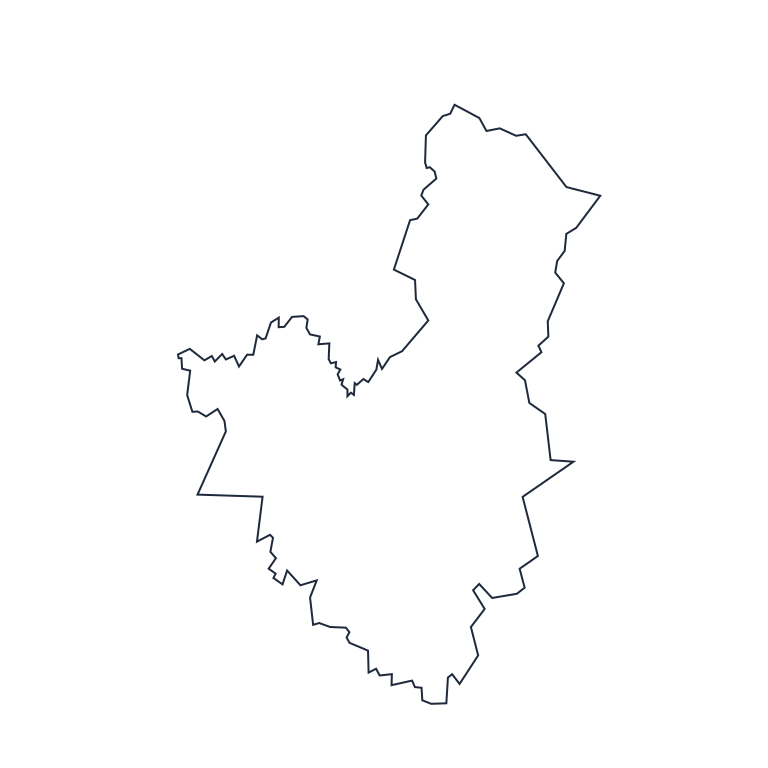 the district of Trapenes pag., Apes, Latvia, rotated 289°
{"feature_id": "27541924B83311513911645", "entity_name": "Trapenes pag.", "entity_type": "district", "adm_level": 2, "iso_a3": "LVA", "parent_name": "Latvia", "parent_adm1": "Apes", "projection": "robinson", "projection_center": [26.588, 57.465], "detail": "medium", "context": "isolated", "style": "outline", "palette": "slate", "viewbox_px": 768, "rotation_deg": 289, "n_neighbors": 0, "source": "geoboundaries", "source_scale": "gbopen_adm2", "svg_char_len": 1952}
<svg xmlns="http://www.w3.org/2000/svg" viewBox="0 0 768 768"><g transform="rotate(289 384 384)"><path d="M102.4,546.9L127.3,540.0L131.8,542.9L125.0,553.1L158.0,561.4L182.5,545.3L204.1,552.4L218.0,535.4L225.9,539.1L216.9,555.9L228.9,577.9L237.2,583.3L253.5,572.4L271.5,585.5L322.4,551.8L372.2,588.4L366.3,566.3L408.1,546.2L413.4,527.6L433.4,516.1L437.9,505.5L465.3,522.5L470.5,517.5L482.3,524.0L496.6,518.4L537.8,521.3L545.1,509.6L556.7,507.7L568.7,511.5L585.3,507.5L594.2,514.9L632.4,527.2L629.6,492.4L666.3,436.7L661.7,428.1L663.4,410.2L656.6,398.5L666.5,387.6L671.0,359.8L661.1,358.6L656.4,352.3L632.7,342.7L606.9,350.7L602.1,354.0L603.9,356.7L601.3,362.8L595.3,366.6L580.6,358.1L574.3,357.9L568.2,367.4L551.2,361.6L547.4,355.3L495.4,356.1L492.4,379.5L474.5,386.6L458.5,405.2L420.9,390.4L411.4,380.9L397.6,377.2L404.9,370.5L395.2,372.1L380.7,368.5L382.0,362.9L374.4,358.6L375.3,356.0L363.9,359.1L365.0,355.5L360.5,353.4L366.8,351.3L369.5,344.1L375.2,343.8L373.0,341.4L378.0,337.0L383.5,338.0L384.0,332.9L389.1,331.5L386.3,327.0L389.5,323.6L404.6,319.1L400.2,309.0L408.0,307.9L406.8,297.9L411.8,292.3L420.2,290.8L422.0,285.9L417.5,275.2L405.6,271.1L403.4,265.9L412.5,262.9L405.3,257.1L388.6,257.2L386.6,254.3L388.7,248.2L369.1,250.9L367.1,245.0L353.3,241.2L361.9,233.1L355.7,226.5L359.7,221.2L350.2,216.7L354.4,212.1L347.9,206.5L354.0,188.9L344.8,179.6L341.5,181.4L342.5,184.1L332.7,188.1L333.5,196.4L309.4,201.5L295.3,211.9L297.4,216.9L295.4,226.4L306.2,234.8L297.1,245.2L287.7,249.9L218.7,243.7L237.9,305.9L193.6,315.2L204.3,325.3L202.5,329.1L188.3,331.2L184.2,338.5L171.8,335.1L169.4,343.3L164.6,342.6L161.5,353.3L176.1,353.1L166.5,370.5L176.4,384.3L158.0,383.6L133.2,395.4L136.9,400.5L136.7,412.2L141.2,427.3L138.1,432.1L132.1,431.2L128.0,435.7L126.7,455.7L106.1,463.4L112.2,469.2L107.0,474.8L112.2,485.9L101.7,489.2L112.7,507.1L107.5,511.9L109.0,518.4L97.4,523.2L97.0,532.8L102.4,546.9Z" fill="none" stroke="#1e293b" stroke-width="2"/></g></svg>